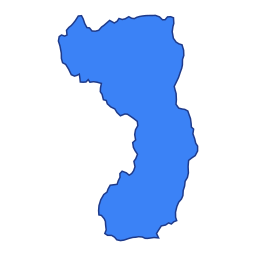 Mairinque, São Paulo, Brazil
{"feature_id": "56859067B61135260351359", "entity_name": "Mairinque", "entity_type": "district", "adm_level": 2, "iso_a3": "BRA", "parent_name": "Brazil", "parent_adm1": "São Paulo", "projection": "equal_earth", "projection_center": [-47.236, -23.519], "detail": "fine", "context": "isolated", "style": "filled", "palette": "blue", "viewbox_px": 256, "rotation_deg": 0, "n_neighbors": 0, "source": "geoboundaries", "source_scale": "gbopen_adm2", "svg_char_len": 2214}
<svg xmlns="http://www.w3.org/2000/svg" viewBox="0 0 256 256"><path d="M98.9,214.9L101.4,215.4L104.2,218.7L105.4,221.4L105.6,224.8L106.2,229.9L104.8,233.5L107.5,235.3L111.7,235.4L114.6,237.2L116.8,239.8L120.5,240.6L123.9,240.1L129.3,238.3L132.9,237.4L135.8,237.2L138.6,236.7L142.3,237.0L145.1,238.3L147.6,238.4L154.0,237.5L158.6,237.9L156.5,233.5L158.7,229.9L161.3,225.9L165.6,225.0L168.6,222.9L171.3,224.0L173.9,221.7L176.7,220.6L175.6,217.3L175.5,212.2L176.9,206.4L178.7,202.2L181.5,198.9L182.9,195.6L183.2,190.5L184.6,186.0L185.1,181.3L187.4,177.5L188.4,172.9L188.1,166.6L188.6,160.4L191.5,158.1L195.2,155.6L197.6,151.0L197.6,146.1L195.7,143.2L194.7,138.9L192.9,133.8L193.6,129.1L191.4,127.1L191.1,123.3L190.5,118.7L189.0,114.5L187.8,111.0L184.8,109.4L182.1,109.0L178.7,108.1L176.0,104.3L176.4,99.7L176.1,93.6L175.0,89.7L174.2,86.4L176.3,82.1L178.5,77.5L180.3,72.1L181.7,68.3L182.4,65.0L182.5,59.4L183.8,55.5L183.6,50.2L182.0,44.8L179.0,43.9L176.1,42.1L173.4,38.3L172.2,31.7L172.9,26.6L173.8,23.5L173.5,17.8L170.7,16.7L167.5,16.9L165.1,19.7L162.5,19.8L159.5,16.9L155.5,15.4L152.6,15.5L149.9,15.5L146.1,15.6L142.5,16.0L139.6,16.5L136.8,17.3L134.4,18.6L131.7,18.3L128.8,16.7L125.2,18.8L122.2,19.5L119.0,18.5L117.1,21.3L114.3,23.0L109.6,20.4L104.0,25.3L101.6,27.0L98.7,30.3L95.4,31.2L92.0,31.0L89.5,27.9L86.9,27.6L84.7,23.5L83.2,19.0L81.5,15.7L78.3,16.0L75.3,20.7L73.1,23.5L71.3,25.5L68.8,27.5L66.5,30.3L67.0,35.0L64.7,36.1L61.5,35.0L59.2,36.6L58.4,41.0L60.0,46.1L61.3,53.1L61.4,58.4L62.6,62.7L65.7,64.4L68.6,69.1L71.3,74.7L74.5,76.1L76.9,75.4L79.3,74.1L79.9,78.3L80.3,82.0L83.0,82.2L86.0,82.0L88.2,79.6L89.9,82.2L93.5,81.7L97.0,82.2L101.4,83.4L100.5,87.9L100.3,91.7L102.1,94.4L103.4,99.7L106.3,100.5L107.3,103.8L110.7,106.9L114.8,108.9L117.0,112.5L120.4,115.8L124.8,114.0L127.4,114.2L130.4,116.2L133.8,118.6L137.3,121.4L137.8,125.7L135.5,129.8L134.7,134.5L135.6,140.0L132.7,142.6L133.4,147.4L135.1,150.7L137.5,154.3L135.7,158.8L133.9,161.3L135.0,166.8L133.6,170.8L131.7,173.5L129.2,175.2L126.3,172.8L122.1,171.2L119.9,173.6L120.0,177.3L118.3,180.7L117.1,184.3L110.2,185.2L108.1,189.0L107.0,192.1L103.8,194.5L100.8,199.7L99.0,205.6L98.6,210.6L98.9,214.9Z" fill="#3b82f6" stroke="#1e3a8a" stroke-width="1.5"/></svg>